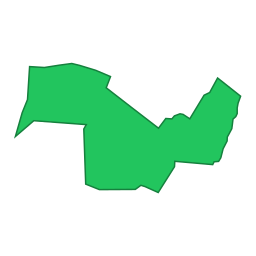 Shaykhantokhur, Tashkent, Uzbekistan
{"feature_id": "79887680B36749064688690", "entity_name": "Shaykhantokhur", "entity_type": "district", "adm_level": 2, "iso_a3": "UZB", "parent_name": "Uzbekistan", "parent_adm1": "Tashkent", "projection": "orthographic", "projection_center": [69.2, 41.291], "detail": "fine", "context": "isolated", "style": "filled", "palette": "green", "viewbox_px": 256, "rotation_deg": 0, "n_neighbors": 0, "source": "geoboundaries", "source_scale": "gbopen_adm2", "svg_char_len": 716}
<svg xmlns="http://www.w3.org/2000/svg" viewBox="0 0 256 256"><path d="M22.2,112.7L15.4,136.5L33.8,120.7L86.3,124.6L83.8,129.0L85.7,184.1L99.4,189.6L135.3,189.4L140.9,185.3L145.1,186.6L158.2,192.5L174.5,166.7L174.8,161.3L212.7,164.6L214.1,161.8L218.6,161.4L220.8,157.8L223.1,148.8L227.1,141.0L227.3,137.0L228.7,134.5L231.8,128.7L232.4,124.2L233.0,119.1L235.8,116.6L237.2,113.6L237.2,107.9L238.1,103.1L239.2,100.1L240.6,96.2L217.6,78.0L209.7,92.5L204.1,95.2L189.8,118.8L183.1,114.4L180.0,113.8L174.4,115.9L171.9,118.9L165.8,118.5L158.5,128.2L130.7,106.8L106.2,87.8L110.5,76.6L95.7,70.3L79.6,65.4L71.8,63.5L59.8,65.1L44.4,67.5L29.6,66.6L27.5,99.6L22.2,112.7Z" fill="#22c55e" stroke="#15803d" stroke-width="1.5"/></svg>